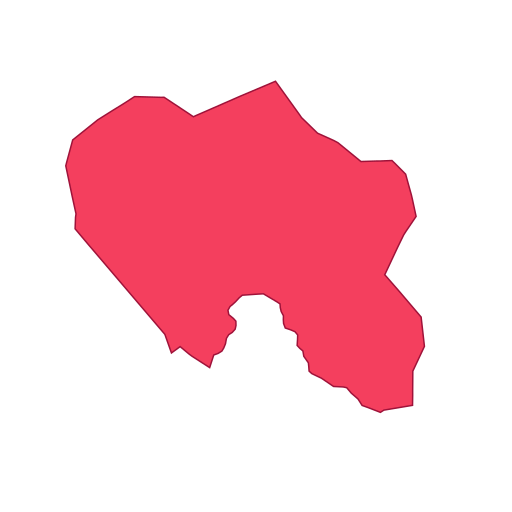 Conceição do Canindé, Piauí, Brazil (Mercator projection), rotated 74°
{"feature_id": "56859067B81135579858436", "entity_name": "Conceição do Canindé", "entity_type": "district", "adm_level": 2, "iso_a3": "BRA", "parent_name": "Brazil", "parent_adm1": "Piauí", "projection": "mercator", "projection_center": [-41.54, -7.918], "detail": "fine", "context": "isolated", "style": "filled", "palette": "rose", "viewbox_px": 512, "rotation_deg": 74, "n_neighbors": 0, "source": "geoboundaries", "source_scale": "gbopen_adm2", "svg_char_len": 1522}
<svg xmlns="http://www.w3.org/2000/svg" viewBox="0 0 512 512"><g transform="rotate(74 256 256)"><path d="M116.9,414.0L147.4,416.2L165.9,417.4L169.0,418.8L180.0,422.4L199.0,413.9L206.0,410.7L225.8,401.7L306.2,365.2L325.9,364.0L322.2,353.9L331.9,347.3L334.9,345.0L350.5,331.3L339.5,323.9L339.2,319.3L338.0,315.0L335.6,312.4L331.9,309.5L327.0,307.1L324.1,303.9L322.9,299.9L320.6,296.2L317.3,294.4L313.1,293.3L309.8,294.9L304.9,298.3L300.4,297.9L297.4,294.9L296.0,291.6L294.4,288.4L291.5,283.6L289.9,280.0L293.1,264.9L294.4,259.3L306.2,248.2L308.7,246.1L312.4,246.9L316.3,247.1L321.0,246.1L324.8,247.3L328.5,248.1L333.3,247.7L336.4,243.2L339.5,239.4L343.4,237.7L348.0,239.2L353.3,241.1L356.9,239.3L360.2,237.1L365.6,237.7L373.1,235.1L377.0,235.8L381.3,236.7L384.4,234.8L388.5,230.2L391.4,226.9L402.8,217.4L405.9,208.3L407.6,205.1L414.1,202.2L421.5,197.4L425.8,196.1L428.9,195.2L432.7,189.9L440.6,179.5L439.4,175.6L442.7,146.7L432.8,143.7L428.9,142.6L409.9,137.0L389.3,119.0L360.2,114.1L332.2,126.8L327.2,129.1L323.6,130.8L309.5,137.4L286.4,117.2L276.4,108.2L273.5,104.9L270.1,100.8L262.1,91.2L244.1,90.0L240.0,89.8L226.7,89.7L218.6,89.6L205.3,96.9L201.7,99.0L199.0,110.1L197.9,114.1L194.1,129.1L169.7,146.0L166.5,149.3L154.9,163.0L146.3,167.9L140.7,171.1L135.5,174.1L132.2,175.2L93.4,189.1L97.9,226.1L102.0,256.7L102.7,261.8L104.4,274.7L104.9,277.8L100.7,281.3L78.1,300.6L77.3,303.6L69.3,328.8L72.9,340.6L77.1,355.5L81.5,370.6L93.9,400.2L114.1,412.4L116.9,414.0Z" fill="#f43f5e" stroke="#9f1239" stroke-width="1.5"/></g></svg>